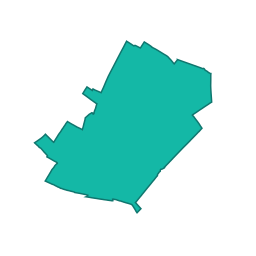 outline of Lunguletu, Dâmbovita, Romania, rotated 75°
{"feature_id": "2599482B28645513171347", "entity_name": "Lunguletu", "entity_type": "district", "adm_level": 2, "iso_a3": "ROU", "parent_name": "Romania", "parent_adm1": "Dâmbovita", "projection": "orthographic", "projection_center": [25.659, 44.619], "detail": "fine", "context": "isolated", "style": "filled", "palette": "teal", "viewbox_px": 256, "rotation_deg": 75, "n_neighbors": 0, "source": "geoboundaries", "source_scale": "gbopen_adm2", "svg_char_len": 5647}
<svg xmlns="http://www.w3.org/2000/svg" viewBox="0 0 256 256"><g transform="rotate(75 128 128)"><path d="M183.6,186.3L183.8,185.8L184.4,184.5L184.7,183.8L185.2,182.7L185.7,181.7L187.2,178.3L187.8,176.9L189.3,173.6L190.4,171.0L191.0,169.7L191.9,167.5L192.5,166.2L193.1,164.8L193.8,163.0L193.9,162.9L194.2,162.2L194.2,161.8L194.3,161.6L194.3,161.4L192.8,161.3L192.8,160.9L193.0,160.4L193.1,160.1L193.2,159.9L193.5,159.5L193.6,159.3L193.9,158.5L194.0,158.3L194.2,157.8L194.7,157.3L194.8,157.1L195.0,156.8L195.5,156.0L196.0,155.3L196.2,155.0L196.4,154.5L196.5,154.2L196.9,153.6L197.3,153.1L197.3,152.9L198.2,151.7L199.0,150.4L200.0,148.8L200.6,147.7L201.6,146.1L202.0,145.5L202.3,145.0L202.9,144.2L204.8,143.4L205.4,143.2L205.6,143.2L205.8,143.1L206.1,143.0L206.4,142.9L206.7,142.8L206.9,142.8L207.5,142.6L207.8,142.5L208.8,142.2L210.2,141.9L210.9,141.7L212.2,141.2L209.3,136.4L201.9,140.1L201.7,139.7L201.3,139.1L200.7,138.3L200.6,138.1L200.3,137.7L199.8,137.1L199.1,136.1L198.0,134.6L196.5,132.4L196.2,132.0L195.9,131.8L195.3,130.8L195.1,130.6L194.9,130.3L194.8,130.1L193.4,128.2L191.2,125.2L190.9,124.8L190.8,124.7L190.0,123.5L189.0,122.1L188.0,120.7L186.8,119.1L185.8,117.7L185.1,116.7L184.6,115.9L184.0,115.2L183.7,114.8L183.1,114.0L182.8,113.6L182.7,113.4L182.5,113.2L181.7,111.9L181.2,111.8L180.7,111.6L180.5,111.4L180.2,111.2L179.8,110.6L179.6,110.3L179.5,110.1L179.1,109.9L178.9,109.7L178.7,109.2L178.4,108.6L178.1,108.0L177.1,107.7L176.9,107.6L176.4,107.1L176.4,106.8L176.5,106.4L176.5,105.7L176.0,103.4L175.7,102.9L175.3,103.0L175.2,102.7L174.3,101.3L173.5,100.0L172.7,98.6L171.6,96.8L171.4,96.6L171.3,96.4L170.7,95.3L169.8,93.9L169.3,93.0L168.9,92.4L168.7,92.2L168.0,90.9L167.9,90.8L167.0,89.3L162.1,81.2L161.2,79.7L160.4,78.3L158.0,74.1L157.9,74.0L156.4,71.4L156.2,71.2L154.8,68.8L153.2,66.1L151.3,62.9L149.9,60.7L149.9,60.4L149.0,59.1L148.0,57.6L147.5,56.7L147.4,56.6L147.1,56.7L145.7,57.2L144.6,57.6L143.5,57.9L141.7,58.5L140.5,59.0L139.8,59.2L138.9,59.6L138.0,60.0L136.5,60.6L135.3,61.1L134.9,61.2L134.7,61.3L134.4,61.4L134.0,61.6L133.6,61.8L133.0,62.1L132.7,62.3L132.2,62.5L131.8,61.7L130.8,58.7L129.9,56.1L129.3,54.5L128.4,51.7L127.1,48.0L126.0,44.6L124.9,41.5L124.7,40.5L124.3,40.4L120.2,39.6L116.0,38.8L112.1,38.0L110.3,37.6L108.6,37.2L102.6,35.5L98.5,34.4L97.0,33.9L97.0,34.0L96.3,34.7L95.1,36.0L94.9,36.1L93.9,36.7L93.4,37.3L92.5,38.1L92.1,38.4L91.8,38.7L91.3,38.8L90.9,38.9L90.6,39.1L90.3,39.2L90.0,39.5L89.9,40.7L89.0,41.8L74.7,62.5L74.9,62.5L78.0,66.8L76.7,67.5L76.2,67.7L75.3,68.1L73.5,68.9L71.3,70.1L69.7,70.9L69.1,71.3L68.1,72.1L65.9,74.3L62.5,77.5L60.3,79.6L59.0,80.9L56.0,84.2L55.7,84.1L53.5,85.9L49.1,90.0L53.9,95.3L53.7,95.6L50.4,99.3L50.2,99.5L50.0,100.1L50.2,100.6L50.1,101.2L45.3,105.5L44.2,106.6L43.8,106.9L47.5,110.3L48.1,110.8L53.3,115.7L59.2,121.1L64.8,126.2L69.9,130.9L72.9,133.6L73.1,133.8L73.4,134.0L73.9,134.4L76.6,136.6L77.1,137.0L77.6,137.4L82.5,141.2L83.1,141.7L86.9,144.9L86.3,145.6L82.6,150.3L81.2,151.7L82.5,152.8L77.7,157.0L78.0,157.3L79.9,159.5L83.1,162.8L85.9,160.5L88.9,158.1L91.0,156.5L91.8,155.8L91.9,155.7L93.9,154.1L94.0,154.0L95.3,152.9L95.9,152.5L96.5,151.8L98.8,153.2L99.6,153.7L100.2,154.0L101.0,154.5L101.6,155.0L102.8,155.9L104.3,156.8L105.3,157.2L105.4,157.4L105.6,157.9L105.2,158.3L104.5,158.1L103.9,159.0L104.8,162.1L105.0,162.4L107.0,166.4L107.0,166.5L107.4,166.8L108.5,167.2L109.9,168.0L110.4,168.3L111.0,168.6L111.7,169.0L112.3,169.4L113.3,169.9L113.8,170.2L115.1,170.9L115.8,171.3L116.7,171.9L117.8,172.5L117.7,172.6L116.4,174.0L114.8,175.9L113.4,177.6L113.2,177.6L112.9,178.0L112.0,178.9L110.8,180.1L109.9,181.1L108.8,182.2L108.0,183.0L107.2,183.7L106.6,184.4L106.1,184.8L107.1,186.1L107.7,186.9L108.8,188.0L110.2,189.7L110.8,190.3L111.4,191.0L111.7,191.4L112.0,191.7L112.0,191.8L112.3,192.0L112.7,192.6L113.1,192.9L113.4,193.3L113.7,193.6L114.1,194.0L114.4,194.4L115.0,195.1L115.1,195.3L115.3,195.6L115.6,195.9L115.7,196.0L115.9,196.3L116.7,197.2L117.4,197.9L118.8,199.4L120.1,200.8L121.6,202.4L122.0,202.8L122.4,203.2L122.5,203.4L122.6,203.5L122.4,203.7L122.0,203.9L121.5,204.2L121.0,204.6L120.7,204.7L120.5,204.8L120.2,205.0L119.7,205.3L118.8,205.8L117.8,206.4L117.5,206.6L117.1,206.8L116.8,206.9L116.6,207.1L116.0,207.4L114.9,208.1L114.2,208.5L113.9,208.7L113.4,208.9L113.2,209.0L112.6,209.4L113.2,210.2L114.4,212.4L114.7,213.0L115.3,214.3L117.0,218.9L118.1,222.1L118.3,222.0L119.5,221.2L121.0,220.3L122.6,219.2L123.7,218.8L124.2,218.3L124.4,218.0L124.7,217.7L124.9,217.5L125.1,217.4L125.5,217.2L126.1,216.9L126.4,216.7L127.3,216.3L127.9,216.0L128.3,215.8L128.6,215.7L129.0,215.5L129.3,215.4L130.4,214.8L130.5,214.7L133.2,213.3L133.8,213.0L134.1,213.0L134.5,213.4L134.6,213.6L134.9,213.8L136.7,211.9L139.9,208.7L140.8,207.8L141.9,206.6L142.7,205.8L143.1,205.5L143.4,205.4L143.6,205.4L144.0,205.5L144.0,205.9L144.1,206.2L144.5,206.8L145.2,208.0L145.5,208.4L146.1,209.1L146.5,209.4L146.9,209.9L147.2,210.3L148.5,212.2L149.1,212.8L149.7,213.4L150.9,214.5L151.0,214.7L152.2,215.9L153.0,216.7L153.6,217.3L154.3,218.1L156.5,220.3L157.0,220.8L157.5,221.4L157.8,221.7L161.9,216.7L162.7,215.8L162.9,215.5L163.0,215.2L163.6,214.4L164.8,213.2L165.2,212.8L165.6,212.2L165.8,212.0L166.0,211.8L166.6,211.3L167.0,210.7L167.3,210.2L167.6,209.9L168.1,209.4L168.9,208.6L169.0,208.4L169.1,208.0L169.3,207.7L169.6,207.3L169.9,206.9L170.2,206.5L171.2,204.9L171.4,204.5L171.5,204.3L171.6,204.2L172.5,202.8L172.9,201.9L173.3,201.2L174.0,199.9L174.3,199.5L174.4,199.2L175.0,198.2L175.1,197.9L175.8,196.7L176.0,196.5L176.3,196.4L176.5,196.2L178.5,191.8L181.6,185.6L182.4,184.5L182.5,184.2L182.8,184.3L183.1,184.6L183.4,185.1L183.6,186.3Z" fill="#14b8a6" stroke="#0f766e" stroke-width="1.5"/></g></svg>